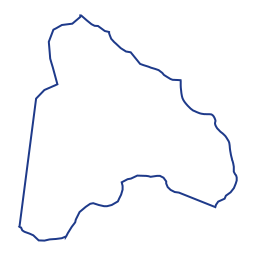 the district of Morne Vient, Vieux Fort, Saint Lucia
{"feature_id": "8701671B46237577852216", "entity_name": "Morne Vient", "entity_type": "district", "adm_level": 2, "iso_a3": "LCA", "parent_name": "Saint Lucia", "parent_adm1": "Vieux Fort", "projection": "albers", "projection_center": [-60.951, 13.807], "detail": "fine", "context": "isolated", "style": "outline", "palette": "blue", "viewbox_px": 256, "rotation_deg": 0, "n_neighbors": 0, "source": "geoboundaries", "source_scale": "gbopen_adm2", "svg_char_len": 2135}
<svg xmlns="http://www.w3.org/2000/svg" viewBox="0 0 256 256"><path d="M65.8,236.9L66.4,236.0L67.8,233.2L71.7,226.9L75.2,222.3L75.8,219.6L79.6,212.0L85.8,206.8L90.2,203.8L93.2,203.2L98.8,205.0L104.1,206.2L107.0,206.2L111.7,205.0L117.9,201.4L119.1,198.7L121.1,194.7L122.6,189.6L122.6,185.9L121.7,182.3L127.6,179.2L130.9,178.6L133.5,177.4L137.3,175.6L146.2,175.9L148.5,176.2L150.6,176.8L156.8,175.9L160.0,175.9L163.5,177.7L166.2,181.4L166.2,183.5L167.7,187.1L170.6,189.9L174.7,192.0L178.9,192.6L215.3,207.1L216.0,204.8L218.2,201.6L224.6,198.7L225.9,195.7L230.6,192.3L233.9,188.1L235.7,183.7L236.7,180.5L236.7,177.5L236.1,175.4L235.1,174.2L233.8,171.7L233.8,166.7L233.2,163.4L232.5,160.8L232.2,160.3L231.9,158.7L231.4,156.8L230.9,154.7L230.6,152.9L230.3,151.3L230.1,150.0L229.9,148.4L229.8,147.3L229.7,145.9L229.5,144.4L229.2,142.6L228.7,141.4L228.3,140.6L227.7,139.7L227.0,138.5L226.3,137.4L225.3,136.0L224.1,134.8L222.5,133.3L221.4,132.5L220.2,131.5L218.5,129.7L217.3,128.5L216.4,127.1L215.5,125.4L215.0,123.7L215.1,122.5L215.5,120.9L215.2,119.6L214.5,117.9L214.1,117.1L213.6,116.4L213.4,116.0L212.9,115.5L212.6,115.2L211.9,114.7L211.3,114.4L209.4,114.2L207.4,114.2L204.0,114.1L201.4,113.7L199.8,113.3L198.0,112.6L196.5,112.0L194.8,111.2L193.1,110.5L190.6,108.6L187.6,105.6L185.7,103.4L184.4,101.7L183.4,100.1L182.5,98.2L181.9,96.0L181.4,93.2L181.1,90.4L180.8,87.7L180.7,85.3L180.7,81.0L180.6,80.2L177.3,80.0L172.6,79.8L170.5,79.0L166.4,76.5L163.9,74.9L162.3,72.9L158.6,70.1L155.1,68.9L151.0,67.7L148.5,66.7L143.4,65.1L140.1,63.9L130.7,52.3L128.4,51.9L126.0,51.5L120.8,48.2L115.9,43.6L114.1,42.0L111.2,38.8L109.7,35.0L109.1,33.2L109.1,32.0L104.8,31.0L102.1,29.0L98.0,26.0L94.6,25.8L91.5,24.2L86.7,20.3L81.2,15.5L80.3,15.4L80.2,17.0L72.3,23.7L72.1,23.7L61.9,25.0L56.1,28.3L53.4,29.7L48.8,41.8L49.7,52.4L50.2,58.6L51.4,62.8L52.8,67.4L57.4,84.3L49.2,87.9L44.4,90.0L36.1,98.6L19.5,226.5L19.3,226.7L19.7,227.0L20.7,227.5L21.1,227.6L22.2,230.2L22.5,230.5L24.5,231.8L29.5,233.6L33.3,235.3L38.7,240.4L44.5,240.6L46.6,240.1L49.7,239.4L53.9,239.1L55.7,239.0L61.8,238.2L65.8,236.5L65.8,236.9Z" fill="none" stroke="#1e3a8a" stroke-width="2"/></svg>